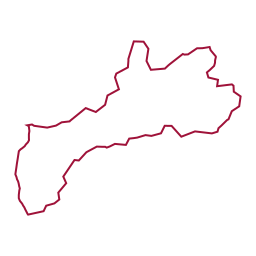 outline of Etim Ekpo, Akwa Ibom, Nigeria
{"feature_id": "59680162B44584437839531", "entity_name": "Etim Ekpo", "entity_type": "district", "adm_level": 2, "iso_a3": "NGA", "parent_name": "Nigeria", "parent_adm1": "Akwa Ibom", "projection": "albers", "projection_center": [7.577, 4.957], "detail": "fine", "context": "isolated", "style": "outline", "palette": "rose", "viewbox_px": 256, "rotation_deg": 0, "n_neighbors": 0, "source": "geoboundaries", "source_scale": "gbopen_adm2", "svg_char_len": 1450}
<svg xmlns="http://www.w3.org/2000/svg" viewBox="0 0 256 256"><path d="M133.8,41.4L128.4,58.9L128.4,60.8L127.9,67.4L116.3,73.6L115.0,77.4L118.9,89.3L107.5,95.5L105.1,104.8L95.8,112.0L85.7,108.1L70.1,120.8L69.6,121.4L61.7,122.3L56.0,125.6L47.2,127.6L34.1,125.8L32.0,124.5L27.3,125.3L28.8,126.1L29.4,131.0L28.9,134.2L28.9,138.0L29.0,140.2L27.9,142.3L25.8,144.5L24.7,146.2L22.1,148.3L20.5,149.4L18.9,151.1L18.8,151.5L17.6,159.3L16.9,163.6L16.4,167.3L15.4,174.0L15.4,174.4L16.5,177.1L17.0,179.2L18.1,181.4L18.7,183.6L18.9,184.7L19.2,186.3L19.8,188.4L19.3,190.6L18.8,194.9L18.8,198.2L19.9,200.9L22.1,203.6L23.2,205.7L24.3,207.3L25.3,209.5L26.4,211.6L27.5,213.8L28.1,214.6L43.6,211.2L46.2,205.7L54.4,203.4L59.3,199.5L58.3,192.6L66.2,183.2L63.3,176.6L74.5,160.0L78.8,160.5L86.4,152.2L96.8,146.6L102.3,146.8L105.2,146.8L106.7,147.6L109.7,146.5L114.9,143.9L125.9,144.9L129.2,138.6L133.8,138.1L137.2,137.6L145.5,135.1L151.4,135.9L161.0,133.3L164.7,125.8L171.6,125.9L181.3,136.7L195.0,131.4L211.9,133.4L217.5,131.7L218.5,128.2L221.5,125.5L227.1,120.0L228.5,119.3L231.8,111.2L239.2,106.3L240.6,96.4L233.8,91.7L233.5,85.7L231.9,84.4L217.1,86.2L218.0,79.8L208.4,77.5L206.9,72.4L209.8,70.0L214.1,65.9L215.0,62.8L215.1,60.3L215.9,56.9L215.7,56.3L210.6,50.2L209.6,47.0L202.3,48.2L197.0,48.3L188.0,54.4L184.4,54.6L182.8,54.0L170.1,63.9L168.3,65.4L164.9,68.6L150.9,69.8L146.5,61.0L148.4,48.8L143.6,41.7L133.8,41.4Z" fill="none" stroke="#9f1239" stroke-width="2"/></svg>